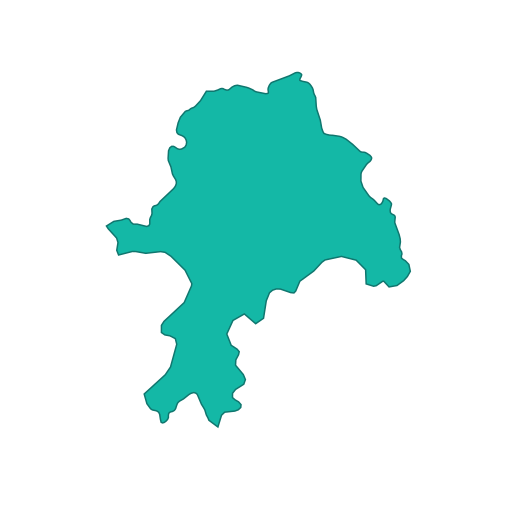 Gard, Natural Earth projection, rotated 288°
{"feature_id": "FRA-5293", "entity_name": "Gard", "entity_type": "Metropolitan department", "adm_level": 1, "iso_a3": "FRA", "parent_name": "France", "parent_adm1": "", "projection": "natural_earth1", "projection_center": [4.221, 43.959], "detail": "fine", "context": "isolated", "style": "filled", "palette": "teal", "viewbox_px": 512, "rotation_deg": 288, "n_neighbors": 0, "source": "natural_earth", "source_scale": "10m", "svg_char_len": 3966}
<svg xmlns="http://www.w3.org/2000/svg" viewBox="0 0 512 512"><g transform="rotate(288 256 256)"><path d="M289.1,407.5L283.2,406.3L278.1,404.0L271.5,399.2L267.7,392.1L271.5,385.3L271.1,384.3L264.9,379.5L263.6,377.2L263.5,369.4L276.8,364.5L283.0,352.5L282.0,337.4L273.6,322.9L270.4,320.6L259.6,315.6L245.6,305.5L234.9,304.6L232.6,303.5L231.9,300.3L232.1,289.4L230.9,285.4L228.6,282.3L225.2,280.2L216.6,279.6L199.1,282.4L191.5,276.6L197.3,262.8L187.6,254.0L172.8,252.3L163.4,260.0L161.6,266.7L159.8,269.6L156.7,269.9L151.0,268.9L145.8,270.3L139.3,280.6L135.2,284.1L130.3,284.0L122.8,277.8L118.2,276.1L114.1,277.4L112.7,280.7L111.9,284.5L110.0,287.7L107.2,288.3L104.3,286.7L102.0,283.8L97.8,274.5L93.9,272.4L81.6,272.6L85.2,262.0L87.1,260.4L89.5,257.9L93.8,254.9L95.4,253.2L98.2,249.9L105.8,243.3L106.0,243.1L106.4,242.6L107.0,241.0L106.9,239.0L105.3,236.6L103.5,235.0L97.7,231.2L94.3,228.1L92.4,227.0L90.3,226.7L85.9,226.7L84.0,226.1L82.4,224.7L81.1,222.6L79.4,221.6L77.4,221.9L75.3,222.6L73.2,222.4L71.2,221.5L69.4,220.2L68.4,218.8L68.5,217.2L70.9,215.7L75.5,213.4L77.4,211.7L78.0,209.2L77.6,205.0L78.1,203.0L81.8,197.9L90.2,192.3L115.0,206.4L124.0,209.0L147.6,207.9L152.5,204.8L153.5,198.8L152.8,193.7L154.0,189.7L160.8,187.5L165.4,188.7L189.5,202.1L207.6,203.9L209.9,203.5L220.6,192.9L229.5,175.2L231.4,168.4L230.7,163.9L224.5,150.3L223.1,140.3L222.1,137.0L214.5,125.0L218.4,121.8L226.1,120.6L230.0,117.9L236.2,107.1L238.3,104.5L245.0,110.1L248.5,116.8L251.7,121.0L251.9,123.5L250.9,125.1L249.4,126.7L248.4,129.5L249.6,133.3L250.3,142.9L251.7,144.7L253.6,145.1L257.9,143.7L260.0,143.7L262.2,144.1L264.3,144.0L268.5,142.4L271.0,142.8L272.2,143.7L273.5,145.8L275.4,147.1L278.2,147.9L294.6,156.8L297.3,157.7L299.9,157.9L302.0,157.3L303.8,156.0L306.6,152.7L308.2,151.2L314.4,147.6L319.7,143.1L321.8,142.2L329.1,140.3L332.3,140.6L334.2,141.9L334.8,143.8L334.4,145.8L333.8,147.7L333.7,149.9L334.6,152.0L337.4,154.6L339.9,155.3L342.7,154.9L344.9,153.6L346.4,152.0L347.2,150.3L347.6,148.4L347.8,144.5L348.9,142.7L351.3,141.4L358.6,140.8L364.6,141.2L371.7,144.1L372.8,145.4L373.3,146.3L373.9,147.1L375.8,148.3L376.6,149.0L377.8,150.6L378.6,151.3L380.0,152.2L386.5,155.2L397.4,157.9L399.7,165.1L402.1,168.4L404.1,170.5L404.8,171.8L405.0,173.0L404.7,174.4L404.7,176.8L405.2,178.2L406.1,179.1L409.1,180.9L411.2,182.9L412.1,184.4L412.7,185.7L413.5,194.8L413.5,197.2L413.1,200.9L412.9,202.1L412.5,203.1L412.3,204.1L412.2,205.6L413.3,214.9L413.9,216.4L414.7,217.3L415.6,217.2L417.4,216.3L418.4,215.9L419.6,215.7L422.3,215.9L423.5,216.2L425.2,216.8L426.3,217.8L437.7,232.1L442.3,236.7L443.2,238.2L443.6,239.6L443.6,240.8L443.4,241.9L443.1,242.7L442.8,243.1L442.7,243.3L442.4,243.4L442.0,243.5L441.3,243.5L440.0,243.4L439.7,243.3L438.5,243.1L437.7,243.1L436.7,243.3L436.6,243.6L436.5,244.3L436.5,246.2L437.0,250.7L436.9,251.9L436.5,253.1L436.0,254.2L434.8,255.9L433.3,257.7L431.8,258.9L428.9,260.5L427.3,261.8L426.7,262.5L425.2,263.8L417.1,267.0L414.2,268.5L405.0,275.2L398.0,278.9L395.1,281.1L393.6,282.7L393.4,285.2L393.7,288.6L394.2,290.7L394.5,291.7L395.6,298.3L395.7,300.4L395.5,302.4L394.9,305.7L391.9,313.7L387.9,322.1L387.5,323.3L387.5,324.4L387.7,325.4L388.0,326.3L388.2,327.8L387.9,329.7L386.9,333.3L385.9,334.9L385.0,335.7L384.3,335.8L383.3,335.8L382.1,335.5L381.1,335.1L379.2,333.8L377.2,332.8L369.7,330.6L368.4,330.4L367.2,330.4L366.1,330.6L359.7,332.6L354.3,336.6L348.2,344.7L347.1,346.8L346.2,349.7L345.5,351.3L343.3,355.2L342.8,356.4L342.9,357.4L343.4,358.2L344.1,358.9L345.2,359.3L346.5,359.6L347.7,359.7L350.1,359.5L350.9,360.3L350.9,362.1L349.6,365.9L348.5,367.7L347.4,368.8L346.2,369.0L342.1,369.2L340.7,369.5L338.9,370.4L338.1,371.5L337.8,372.9L337.5,374.8L336.9,375.8L335.9,376.4L331.4,377.4L330.4,377.8L320.6,385.5L316.9,387.8L314.0,389.0L308.5,389.9L306.6,391.3L304.9,393.2L303.0,394.2L301.0,394.2L299.6,394.8L299.1,395.0L298.9,395.2L298.8,395.3L298.3,396.7L297.6,399.6L295.2,404.0L289.1,407.5Z" fill="#14b8a6" stroke="#0f766e" stroke-width="1.5"/></g></svg>